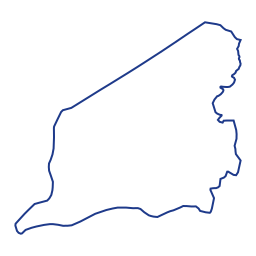 Syria, Natural Earth projection, rotated 180°
{"feature_id": "SYR", "entity_name": "Syria", "entity_type": "country or territory", "adm_level": 0, "iso_a3": "SYR", "parent_name": "Asia", "parent_adm1": "", "projection": "natural_earth1", "projection_center": [38.0, 34.807], "detail": "fine", "context": "isolated", "style": "outline", "palette": "blue", "viewbox_px": 256, "rotation_deg": 180, "n_neighbors": 0, "source": "natural_earth", "source_scale": "50m", "svg_char_len": 2054}
<svg xmlns="http://www.w3.org/2000/svg" viewBox="0 0 256 256"><g transform="rotate(180 128 128)"><path d="M19.9,80.8L22.4,81.1L27.9,84.4L28.8,84.3L30.4,79.9L32.1,78.4L35.5,77.1L36.4,70.0L38.0,68.6L39.9,67.9L42.8,67.8L45.4,67.4L45.6,66.1L42.0,57.9L42.4,55.8L44.1,47.5L45.2,44.3L46.2,43.2L50.3,43.7L55.9,45.1L57.4,47.5L60.1,49.6L64.3,49.5L69.0,49.9L72.8,50.0L75.8,48.5L82.5,45.7L85.8,44.8L88.8,43.6L98.6,39.0L102.5,39.4L105.1,40.0L107.2,40.7L111.8,43.8L115.5,47.0L118.2,47.9L123.0,47.8L129.9,48.4L138.4,48.4L143.3,47.5L149.6,46.0L160.8,42.2L175.6,34.5L184.3,30.7L188.0,30.3L192.9,30.2L197.8,31.2L203.3,31.9L205.9,31.9L211.9,31.1L219.6,29.5L224.5,28.2L230.4,26.1L234.0,22.6L235.2,22.3L236.7,22.9L237.4,23.2L239.0,25.1L240.6,30.3L240.6,30.8L240.4,32.3L236.6,36.5L231.4,42.2L227.7,45.9L221.4,52.0L216.7,53.3L208.8,55.4L206.7,57.6L204.7,61.0L203.6,65.7L203.3,68.7L203.1,74.2L205.0,79.9L206.9,85.3L207.2,89.0L207.0,92.5L205.3,96.3L203.5,101.6L202.4,107.5L202.0,118.6L202.1,128.0L201.9,129.5L198.7,136.2L194.9,144.0L193.1,145.8L184.7,148.1L175.5,153.8L165.2,160.2L155.9,166.0L146.0,172.0L135.8,178.3L128.5,182.8L118.8,188.9L109.9,194.6L100.8,200.5L94.0,204.9L83.5,211.9L77.4,216.0L68.4,222.1L60.4,227.4L51.0,233.7L39.3,231.8L35.6,230.8L32.5,227.8L30.3,226.2L24.8,224.5L21.2,218.9L19.1,216.9L15.4,216.0L17.0,212.3L17.3,210.0L18.9,207.1L17.9,205.1L17.5,201.1L16.8,200.1L16.5,199.0L17.1,197.7L16.9,196.4L16.2,195.8L15.9,193.8L15.4,192.3L15.7,190.5L16.5,189.3L17.4,187.0L18.4,186.3L20.0,184.9L20.4,183.4L21.8,182.0L23.7,180.8L24.1,179.8L23.9,179.3L22.0,178.2L21.0,176.3L21.9,173.6L22.5,172.7L23.6,171.4L26.2,169.3L28.2,169.0L29.9,169.0L32.8,169.2L35.0,169.5L35.6,169.0L35.5,168.3L32.8,166.7L32.6,165.4L33.3,163.9L35.3,161.7L37.6,160.1L38.8,159.8L41.5,156.5L43.3,152.8L40.5,143.8L38.8,142.4L36.1,141.2L34.5,141.0L34.4,140.4L36.6,138.1L38.1,136.1L36.4,134.2L33.4,133.4L32.3,135.3L28.4,135.5L22.4,135.5L19.8,126.0L19.4,121.9L19.5,117.2L21.4,110.2L20.6,107.0L20.5,104.8L20.1,101.9L15.4,95.5L18.0,83.7L19.9,80.8Z" fill="none" stroke="#1e3a8a" stroke-width="2"/></g></svg>